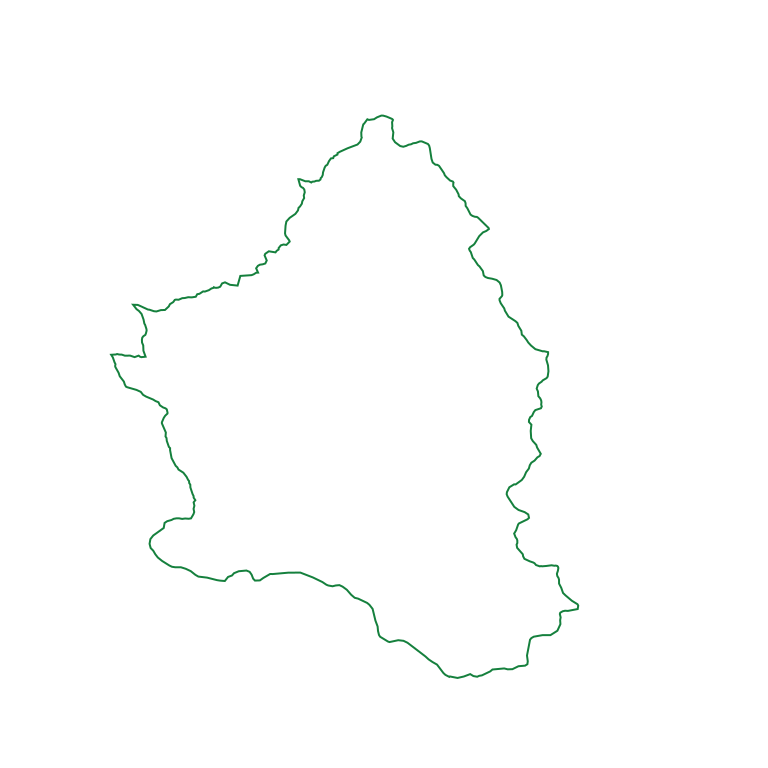 outline of Laya, Gasa, Bhutan, rotated 112°
{"feature_id": "84629894B6989657948479", "entity_name": "Laya", "entity_type": "district", "adm_level": 2, "iso_a3": "BTN", "parent_name": "Bhutan", "parent_adm1": "Gasa", "projection": "equal_earth", "projection_center": [89.7, 28.07], "detail": "fine", "context": "isolated", "style": "outline", "palette": "green", "viewbox_px": 768, "rotation_deg": 112, "n_neighbors": 0, "source": "geoboundaries", "source_scale": "gbopen_adm2", "svg_char_len": 6166}
<svg xmlns="http://www.w3.org/2000/svg" viewBox="0 0 768 768"><g transform="rotate(112 384 384)"><path d="M459.1,647.9L460.9,645.4L464.9,641.9L466.2,640.4L468.1,640.0L469.0,639.3L473.0,634.3L475.8,631.9L479.2,626.1L481.5,624.2L483.1,622.3L483.2,620.9L482.2,611.3L482.4,606.6L484.3,603.3L484.8,599.8L484.9,592.2L485.4,589.4L485.4,586.3L487.7,583.8L488.5,580.0L488.4,577.5L488.9,575.9L491.6,574.0L492.5,573.7L495.4,575.0L497.9,575.5L502.7,575.6L503.7,575.2L510.7,568.1L514.5,566.9L515.6,565.4L518.1,564.1L522.9,559.9L523.6,558.3L525.4,557.6L532.3,553.2L537.9,546.5L538.7,544.4L540.3,542.5L541.4,536.8L544.1,532.2L546.3,529.7L547.0,528.4L548.8,527.5L549.9,525.9L552.4,524.8L557.7,520.3L559.2,518.6L560.7,517.9L562.4,515.4L565.0,516.2L567.9,514.2L571.1,513.8L573.8,512.0L576.1,511.9L580.9,512.6L582.1,514.6L583.2,518.0L584.7,520.6L585.3,523.6L586.3,526.1L587.8,528.5L589.7,530.1L592.4,533.6L595.0,535.4L600.0,534.3L610.9,541.2L615.3,542.5L620.0,541.5L623.5,538.9L625.0,535.5L627.5,532.3L629.6,528.7L631.2,523.4L632.7,515.0L632.9,512.2L632.1,508.8L630.0,503.6L629.6,498.6L629.9,493.1L631.6,487.4L632.1,484.0L629.8,475.5L628.4,465.3L627.7,462.3L626.3,457.8L621.3,456.3L618.5,453.2L615.6,452.2L612.0,448.5L608.5,441.7L608.5,438.2L610.4,435.3L613.5,432.4L614.6,430.0L612.6,425.5L609.0,423.2L602.8,418.4L601.9,416.0L594.8,402.1L590.2,390.9L590.0,377.5L590.7,366.9L591.7,362.2L591.7,360.2L590.8,355.9L588.9,353.3L587.2,350.0L587.4,346.5L588.7,341.4L591.7,335.5L593.2,331.1L592.7,327.6L593.3,317.6L594.2,314.8L596.8,310.3L606.6,303.3L611.2,299.1L615.3,297.0L618.6,294.6L619.8,292.9L621.3,283.8L621.2,282.2L616.2,274.8L614.8,269.7L615.1,265.3L621.1,243.5L622.6,239.5L623.6,234.9L624.3,229.7L629.7,220.7L630.7,218.1L631.1,213.7L630.5,213.4L629.0,205.7L625.3,200.4L620.7,195.4L621.3,191.7L620.5,187.9L618.9,186.4L617.5,184.1L610.6,177.8L608.1,176.5L602.7,166.0L602.2,162.4L600.3,158.1L595.3,153.6L592.3,147.7L590.1,146.1L587.3,146.8L582.2,149.7L566.4,152.8L564.4,152.2L562.2,150.5L557.5,143.0L554.5,135.6L547.8,130.8L541.3,130.5L540.5,130.5L537.0,132.2L534.2,132.8L531.4,134.8L530.0,134.9L527.8,133.2L526.4,131.2L525.5,128.5L520.1,120.1L516.7,120.9L515.7,122.1L514.6,128.6L512.0,136.5L510.7,139.7L506.6,143.3L503.5,146.9L499.9,148.4L498.4,149.6L497.3,151.2L495.9,152.2L495.1,152.6L492.1,152.8L489.3,153.4L488.2,154.3L487.8,155.2L488.0,156.7L488.7,158.0L489.3,160.7L492.0,165.5L493.8,169.1L494.0,170.2L494.7,171.2L494.9,175.2L493.8,177.3L493.6,178.7L493.8,182.4L493.5,188.3L491.6,190.5L489.9,191.5L486.0,199.2L483.3,200.9L481.5,200.8L479.1,201.8L477.8,202.9L476.8,204.6L473.9,207.3L470.1,206.7L464.0,207.0L462.8,206.7L455.6,200.2L453.8,199.4L450.9,201.4L450.1,205.6L450.4,212.1L449.1,217.2L442.1,227.2L440.2,229.0L438.2,229.5L432.8,229.1L428.3,225.8L427.8,224.3L421.4,220.3L417.5,219.3L412.6,219.2L408.1,218.0L404.7,218.4L401.8,217.9L398.6,215.7L394.5,214.3L392.6,212.8L390.0,212.5L385.5,218.3L383.4,220.0L381.2,224.6L379.2,227.2L372.5,230.4L366.5,232.1L364.9,235.4L362.9,236.1L359.9,236.0L358.1,234.8L353.9,234.6L351.5,233.9L347.7,229.4L345.8,229.3L344.3,230.5L341.9,231.2L340.4,232.1L338.8,233.8L337.5,236.3L333.2,238.5L331.1,240.7L327.4,241.0L325.5,240.5L322.8,238.7L321.2,238.2L317.7,235.5L315.9,235.0L310.6,236.3L305.3,238.9L300.6,242.6L298.6,243.2L297.1,242.9L294.7,243.1L293.0,243.8L293.7,248.1L294.2,248.8L295.0,256.7L293.3,262.0L291.5,265.8L289.9,268.0L287.4,272.2L286.6,274.7L283.2,276.6L279.8,281.2L277.4,283.2L276.5,285.7L274.9,293.8L270.7,299.4L268.9,300.8L265.4,306.0L263.1,308.2L261.8,308.8L258.4,307.6L257.3,307.6L254.4,308.9L248.7,312.6L246.6,314.8L245.4,318.6L245.9,323.3L246.8,327.4L246.8,330.1L246.0,332.2L242.3,334.6L239.2,339.5L238.5,341.5L234.7,347.0L233.9,348.9L229.2,352.9L228.2,354.5L226.8,355.8L224.9,355.4L221.2,353.0L219.7,352.5L211.2,351.1L206.3,349.0L203.8,346.5L201.0,344.8L200.2,345.4L194.6,359.0L194.3,360.5L194.9,362.4L195.0,365.0L194.5,367.2L189.8,372.6L188.3,375.0L185.8,376.1L184.2,377.5L183.1,382.2L181.8,385.0L180.2,385.9L176.8,389.9L174.6,393.9L172.5,394.8L171.2,395.0L170.5,396.0L170.6,398.9L168.9,403.4L167.7,405.8L166.0,407.4L161.1,414.7L160.8,416.6L161.4,418.5L160.4,421.8L157.5,424.3L148.1,429.9L146.0,431.5L145.0,433.2L144.9,439.9L145.7,441.7L148.4,444.6L149.9,447.2L151.6,448.7L152.9,450.8L154.9,452.6L156.8,455.0L157.3,458.1L155.7,464.3L153.2,467.9L147.2,469.6L143.7,472.4L142.0,472.8L138.2,474.6L135.8,474.6L135.3,475.4L135.2,476.3L135.1,481.9L135.5,485.4L136.2,487.1L139.4,490.4L142.2,492.4L144.8,496.9L144.8,498.6L150.2,500.0L150.8,500.4L151.7,500.4L159.3,499.3L163.1,497.6L163.7,497.0L168.2,496.8L171.9,498.3L179.1,506.1L185.1,511.8L187.4,513.6L188.7,513.1L191.7,515.8L193.6,515.7L194.7,517.7L198.0,518.5L202.0,518.7L203.5,519.8L205.5,520.1L210.7,519.8L213.1,519.1L215.4,519.2L216.9,519.8L218.2,519.5L219.9,520.5L221.0,523.0L222.3,524.3L223.3,526.3L224.4,526.9L224.2,529.6L225.5,532.8L225.6,538.7L226.2,540.1L231.6,536.0L232.4,534.2L232.5,532.6L233.5,530.8L235.9,529.3L239.3,529.0L241.5,527.7L245.2,528.2L247.6,527.7L251.0,528.4L252.6,529.2L255.3,528.8L259.5,529.9L265.3,533.7L269.9,535.4L274.0,534.6L281.4,532.2L283.2,530.9L286.4,525.6L287.3,524.8L291.6,526.6L292.3,529.4L294.1,531.6L297.4,532.6L298.8,532.1L300.7,533.4L302.6,533.9L304.1,540.5L307.8,542.9L309.5,542.9L313.4,539.0L316.7,539.2L318.4,541.2L319.9,543.8L321.7,545.2L324.6,545.9L327.9,542.5L328.7,544.2L331.1,545.9L332.7,547.6L337.6,557.7L347.6,556.6L349.7,563.9L349.3,569.5L351.4,571.8L355.1,572.3L356.7,573.8L357.7,575.6L358.2,577.2L358.0,578.0L358.9,578.3L360.1,579.8L362.6,581.5L365.4,584.7L365.9,586.4L369.5,588.9L370.7,590.8L373.6,591.2L375.7,594.7L376.9,598.1L378.9,600.9L380.0,603.2L382.8,606.0L383.7,608.6L384.4,609.5L387.0,610.1L390.2,612.4L392.7,612.6L397.4,614.8L399.1,618.6L402.0,622.2L402.7,624.6L403.0,629.4L403.4,630.7L402.9,641.2L403.0,642.2L404.5,646.3L407.3,641.5L408.1,638.5L409.9,635.0L414.3,631.1L417.8,628.8L418.6,627.7L422.1,624.8L423.4,624.1L426.3,623.7L427.9,623.7L429.8,625.0L431.5,625.5L433.5,625.1L436.2,623.9L438.4,621.7L443.3,619.5L448.0,615.3L450.0,619.0L450.1,620.4L449.6,622.1L452.5,625.3L452.8,630.1L454.8,634.8L455.0,638.2L455.9,640.6L456.2,642.7L457.1,643.7L459.1,647.9Z" fill="none" stroke="#15803d" stroke-width="2"/></g></svg>